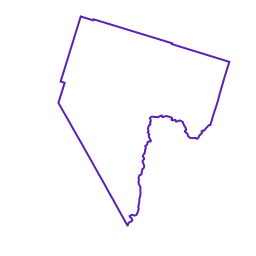 Clark, Nevada, United States of America (Robinson projection), rotated 17°
{"feature_id": "52423323B18852235556590", "entity_name": "Clark", "entity_type": "district", "adm_level": 2, "iso_a3": "USA", "parent_name": "United States of America", "parent_adm1": "Nevada", "projection": "robinson", "projection_center": [-114.639, 35.928], "detail": "fine", "context": "isolated", "style": "outline", "palette": "violet", "viewbox_px": 256, "rotation_deg": 17, "n_neighbors": 0, "source": "geoboundaries", "source_scale": "gbopen_adm2", "svg_char_len": 3014}
<svg xmlns="http://www.w3.org/2000/svg" viewBox="0 0 256 256"><g transform="rotate(17 128 128)"><path d="M205.5,35.1L195.8,35.1L145.6,35.0L145.6,34.1L63.4,34.1L63.4,35.2L50.2,35.2L50.0,103.2L54.2,103.3L54.2,108.3L54.1,124.3L62.1,131.9L67.3,136.7L69.0,138.3L70.8,140.0L72.5,141.6L72.6,141.8L83.2,151.8L90.6,158.7L91.2,159.4L91.3,159.5L92.2,160.3L92.4,160.5L94.5,162.5L99.8,167.5L102.5,170.1L111.9,179.1L113.0,180.2L114.8,181.9L116.7,183.6L117.2,184.1L121.7,188.4L130.3,196.8L131.7,198.1L131.8,198.1L141.9,207.9L142.0,208.0L156.5,221.9L156.2,221.2L156.1,220.0L156.2,219.3L156.6,218.3L157.0,217.6L158.7,216.2L159.0,215.6L159.1,215.2L158.9,214.5L158.2,213.7L157.4,213.1L155.7,212.3L155.3,211.8L155.6,211.4L156.8,210.1L157.6,209.8L159.4,209.9L160.3,209.6L161.1,209.1L161.6,208.1L161.9,205.6L161.9,203.5L161.7,201.8L161.4,201.2L161.0,200.9L160.7,198.8L160.7,198.0L160.4,195.5L159.5,192.0L159.6,189.1L158.9,186.3L158.3,184.7L157.0,180.6L154.9,178.6L154.0,177.1L153.8,176.5L153.7,174.8L153.1,173.3L152.7,172.4L152.6,171.4L152.8,170.0L153.1,169.6L154.0,168.9L154.4,168.3L154.5,167.9L154.4,167.7L154.2,167.4L154.1,166.8L154.0,164.9L153.7,163.5L153.8,163.2L154.3,162.5L154.7,161.5L154.8,160.2L154.4,159.3L152.8,157.0L151.7,156.0L151.7,154.7L152.4,153.3L152.5,152.6L152.3,152.2L151.3,151.6L150.7,151.0L150.4,150.3L150.4,149.9L151.1,147.7L151.2,145.4L150.7,144.1L150.9,142.0L149.8,140.3L150.0,139.9L150.5,139.5L151.2,137.8L151.2,137.5L150.9,136.6L150.9,136.0L151.0,135.4L152.4,134.5L153.4,134.4L153.6,133.4L150.8,130.6L150.1,129.6L150.2,128.0L149.5,127.3L148.4,126.6L148.2,126.4L148.5,125.1L148.3,124.5L147.4,123.1L147.2,122.2L147.2,120.0L147.2,119.6L147.4,119.3L147.7,119.0L148.2,118.4L148.3,117.8L148.3,117.5L148.0,117.0L147.5,116.8L147.4,116.5L147.4,116.2L147.5,115.7L147.8,115.1L147.8,114.7L147.4,114.0L147.2,113.5L146.3,112.6L146.2,112.4L146.2,111.8L146.3,111.5L146.9,110.8L147.8,110.1L149.4,109.7L150.0,109.7L153.7,108.8L154.0,108.5L154.2,108.1L156.6,106.2L156.9,106.4L157.4,107.3L157.9,107.5L158.6,107.1L159.5,106.2L161.7,105.3L163.9,105.2L166.7,105.3L167.2,105.6L167.3,105.9L167.3,106.2L167.3,106.7L167.2,107.0L167.2,107.3L167.4,107.5L167.5,107.6L168.1,107.7L168.8,107.5L170.2,106.6L170.8,106.5L171.2,106.6L171.7,107.4L172.1,107.8L173.9,106.8L174.7,105.9L175.1,105.7L175.7,105.7L178.5,106.1L179.3,107.4L181.5,109.7L182.2,110.0L183.9,112.3L184.1,113.1L183.9,113.4L183.4,113.9L183.2,114.3L183.3,114.6L183.4,114.8L186.3,116.0L187.1,117.0L187.4,117.7L187.7,118.0L188.6,118.6L189.8,119.2L190.2,119.2L191.9,119.1L193.7,118.5L195.0,117.9L195.9,117.8L196.9,118.2L197.1,118.2L197.4,117.8L198.3,116.5L198.3,115.9L198.3,115.3L198.4,114.6L200.2,111.0L200.3,110.8L200.0,110.4L199.5,110.0L199.4,109.9L199.5,109.3L199.7,109.0L200.5,108.5L201.2,108.5L201.5,108.3L202.4,106.0L204.2,102.3L204.8,101.4L205.9,101.0L205.9,95.8L205.9,95.2L205.8,93.4L205.8,91.3L205.9,88.6L205.8,87.6L206.0,81.0L206.0,75.7L205.9,72.6L205.7,69.9L205.6,57.6L205.6,57.2L205.5,54.1L205.5,35.1L205.5,35.1Z" fill="none" stroke="#5b21b6" stroke-width="2"/></g></svg>